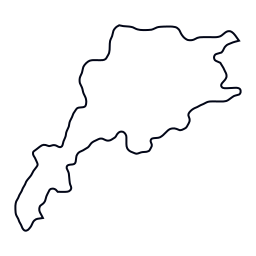 outline of Monción, Santiago Rodríguez, Dominican Republic
{"feature_id": "3306468B58364807671066", "entity_name": "Monción", "entity_type": "district", "adm_level": 2, "iso_a3": "DOM", "parent_name": "Dominican Republic", "parent_adm1": "Santiago Rodríguez", "projection": "mercator", "projection_center": [-71.168, 19.384], "detail": "fine", "context": "isolated", "style": "outline", "palette": "ink", "viewbox_px": 256, "rotation_deg": 0, "n_neighbors": 0, "source": "geoboundaries", "source_scale": "gbopen_adm2", "svg_char_len": 4665}
<svg xmlns="http://www.w3.org/2000/svg" viewBox="0 0 256 256"><path d="M119.2,25.3L116.6,26.8L115.5,27.8L114.1,29.5L113.4,30.9L112.1,36.1L110.6,39.5L110.1,41.0L109.8,43.6L109.6,49.8L109.2,52.3L109.0,53.2L108.4,54.5L106.7,57.5L105.9,58.7L105.4,59.1L104.7,59.5L104.1,59.8L102.6,60.1L100.2,60.2L93.2,60.1L91.4,60.3L89.7,60.7L88.2,61.5L86.3,63.0L84.6,64.9L83.7,66.3L83.3,67.1L82.9,68.6L82.2,71.7L81.8,73.1L80.3,76.4L79.8,77.9L79.6,79.5L79.6,81.1L79.8,82.7L80.0,83.4L81.9,87.4L82.4,88.9L83.1,92.0L83.6,93.5L85.2,96.8L85.8,98.3L86.1,99.8L86.3,101.4L86.2,103.0L86.0,104.5L85.5,105.8L85.0,106.4L84.4,106.8L83.1,107.2L78.9,107.6L77.6,108.0L77.0,108.4L76.1,109.4L73.4,113.5L72.0,117.1L70.0,121.1L69.5,122.6L68.8,126.5L68.2,127.9L66.7,131.2L66.2,132.7L65.7,135.9L65.2,137.4L63.5,141.4L62.6,144.9L62.1,146.0L61.6,146.5L61.0,146.9L60.4,147.1L59.7,147.1L58.5,146.8L56.2,145.6L54.9,145.2L53.5,145.1L52.8,145.2L50.3,145.9L49.1,146.1L48.0,145.8L45.6,145.0L44.1,144.9L43.4,144.9L41.8,145.4L39.8,146.7L36.6,149.2L33.9,151.2L33.4,151.7L33.1,152.4L33.0,153.0L33.1,154.4L33.6,155.7L35.0,158.0L37.1,162.6L37.5,163.8L37.6,164.5L37.5,165.2L37.2,165.9L36.4,167.1L33.5,170.9L31.3,175.0L30.3,176.4L27.6,179.6L26.2,181.6L25.0,184.5L22.8,188.3L21.6,191.2L19.4,195.0L18.2,197.9L16.4,201.1L16.1,201.8L15.7,203.4L15.4,205.8L15.4,209.2L15.6,212.5L15.9,214.1L16.4,215.5L18.2,218.8L19.3,221.7L21.1,225.0L22.5,228.3L23.3,229.4L23.8,229.9L24.3,230.3L25.0,230.6L25.7,230.7L26.4,230.6L27.1,230.3L27.8,230.0L28.9,229.0L30.4,227.2L31.3,225.8L32.6,223.0L33.3,221.7L34.2,220.6L35.4,219.7L36.0,219.3L37.5,218.8L42.9,218.0L41.7,215.6L40.3,213.0L39.7,211.7L39.3,210.2L39.3,208.6L39.4,207.9L39.8,206.6L40.1,206.0L40.6,205.5L43.2,203.5L44.1,202.5L44.9,201.3L45.4,199.9L46.4,196.3L47.5,193.9L49.5,190.0L50.0,189.5L50.7,189.0L51.4,188.8L53.0,188.6L54.6,189.0L55.9,189.8L57.7,191.8L64.7,191.9L67.3,191.7L68.8,191.3L69.4,190.9L70.5,190.0L71.1,188.8L71.2,188.2L71.2,187.5L70.9,186.3L70.2,184.6L69.8,183.0L69.5,180.5L69.0,175.1L68.8,173.4L68.3,171.8L67.2,169.4L66.7,168.2L66.7,166.9L67.0,166.3L67.3,165.7L67.9,165.3L68.5,165.0L69.9,164.7L72.8,164.4L74.1,164.0L74.7,163.5L75.2,163.0L75.7,161.6L76.2,157.6L76.5,155.9L77.2,154.5L78.0,153.3L79.1,152.3L79.7,151.9L83.1,150.3L87.9,147.4L88.9,146.4L90.5,144.2L91.4,143.1L92.5,142.2L93.8,141.4L98.4,139.2L99.7,138.7L100.4,138.6L101.9,138.6L102.7,138.8L105.8,140.2L107.2,140.6L108.7,140.6L110.1,140.3L111.4,139.7L114.9,137.5L115.8,136.5L117.1,134.2L118.6,132.6L119.8,131.9L120.5,131.7L121.3,131.6L122.1,131.7L122.9,131.8L124.2,132.6L125.2,133.7L125.9,135.0L126.2,135.7L126.4,137.3L126.4,143.9L126.6,146.3L127.1,147.9L127.4,148.6L128.3,149.8L129.4,150.8L130.7,151.6L134.6,153.2L135.8,153.6L136.5,153.7L137.8,153.5L141.0,152.4L142.5,152.1L146.4,151.8L147.8,151.4L149.1,150.8L149.6,150.2L150.9,147.9L151.7,146.2L151.8,144.9L151.7,144.3L150.9,142.2L150.6,141.1L150.7,140.5L150.9,139.8L151.2,139.3L151.7,138.8L152.3,138.5L153.6,138.2L158.1,137.8L159.6,137.4L160.3,137.1L161.7,136.2L163.0,135.2L167.1,131.2L168.3,130.1L169.7,129.2L170.4,128.9L172.0,128.5L174.3,128.4L176.5,128.9L179.5,130.1L180.8,130.1L182.1,129.8L184.4,128.7L185.6,128.0L186.2,127.5L187.0,126.4L188.7,123.3L189.5,121.4L189.6,120.6L189.6,119.1L189.4,118.4L188.4,115.5L188.4,114.9L188.5,114.2L188.7,113.5L189.5,112.2L190.6,111.0L191.8,109.9L193.1,109.0L194.5,108.2L197.3,107.0L200.6,105.2L203.4,104.0L206.7,102.3L208.1,101.8L209.8,101.5L212.4,101.4L222.8,101.5L224.5,101.3L226.2,101.0L227.0,100.7L228.3,100.0L232.0,97.3L233.8,96.1L235.2,95.6L238.5,94.7L239.1,94.5L239.7,94.0L240.1,93.5L240.4,92.8L240.6,92.2L240.6,90.8L240.5,90.1L240.2,89.5L239.7,88.8L239.0,88.4L238.3,88.1L236.8,87.8L235.1,87.8L227.0,88.2L224.5,88.2L223.1,87.9L222.4,87.6L221.8,87.0L221.4,86.4L221.2,85.7L221.2,85.0L221.4,84.3L222.1,83.1L225.1,79.7L225.9,78.4L226.5,76.9L226.5,75.4L226.4,74.6L226.0,73.3L224.7,70.7L223.4,67.9L220.3,62.8L216.0,60.9L214.9,60.1L214.5,59.4L214.2,58.7L214.0,57.1L214.5,55.6L215.0,54.9L215.5,54.4L216.7,53.9L221.5,52.5L222.8,50.9L224.1,48.3L224.8,47.1L225.8,46.0L226.9,45.0L228.2,44.3L232.9,42.4L235.2,41.7L239.0,40.7L235.3,35.5L233.5,33.4L231.8,32.0L230.4,31.3L229.7,31.2L228.1,31.2L226.6,31.7L225.3,32.5L221.6,35.5L220.2,36.3L218.6,36.8L216.8,37.1L215.1,37.2L204.2,37.1L199.8,37.3L197.3,37.9L194.1,39.5L192.6,40.0L191.1,40.2L189.5,40.2L187.9,40.0L187.1,39.7L185.7,38.9L184.4,37.9L183.2,36.7L181.7,34.7L180.9,33.3L179.6,30.6L178.8,29.4L177.1,27.9L175.7,27.2L174.8,27.0L172.2,26.6L169.5,26.5L164.0,26.6L160.4,26.8L158.6,27.0L157.0,27.4L153.0,29.2L151.4,29.7L148.0,30.0L143.6,30.1L140.1,29.9L137.6,29.4L136.1,28.9L132.8,27.3L131.2,26.9L129.4,26.6L123.2,26.1L119.2,25.3Z" fill="none" stroke="#020617" stroke-width="2"/></svg>